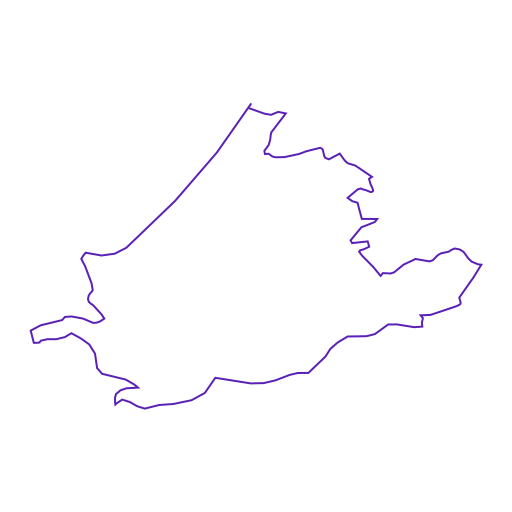 the Province of Zuid-Holland
{"feature_id": "NLD-3485", "entity_name": "Zuid-Holland", "entity_type": "Province", "adm_level": 1, "iso_a3": "NLD", "parent_name": "Netherlands", "parent_adm1": "", "projection": "natural_earth1", "projection_center": [4.558, 51.987], "detail": "fine", "context": "isolated", "style": "outline", "palette": "violet", "viewbox_px": 512, "rotation_deg": 0, "n_neighbors": 0, "source": "natural_earth", "source_scale": "10m", "svg_char_len": 2229}
<svg xmlns="http://www.w3.org/2000/svg" viewBox="0 0 512 512"><path d="M115.4,404.6L115.1,402.9L115.0,397.9L116.0,394.1L120.5,390.3L126.4,388.3L138.0,387.6L134.4,384.6L125.8,379.6L102.1,373.8L97.1,368.1L95.0,353.6L89.3,344.5L81.0,338.5L71.4,333.2L64.9,337.1L56.3,339.2L47.4,339.2L40.8,340.7L39.5,342.5L37.1,342.8L33.8,342.8L30.7,330.6L40.7,325.3L62.1,320.1L65.0,316.9L71.7,316.5L83.1,318.6L92.6,322.7L94.0,322.9L96.5,322.7L100.1,321.4L104.3,318.6L101.7,314.6L93.0,305.1L90.7,303.6L88.8,301.8L88.0,299.0L88.7,295.6L90.3,293.2L91.9,291.5L92.7,290.1L91.6,283.4L85.1,266.2L81.3,258.9L83.3,255.6L85.6,252.7L101.5,255.5L114.7,253.7L126.3,247.8L175.1,200.9L216.8,152.6L251.3,103.4L248.2,107.9L263.1,113.2L265.0,113.8L271.1,114.8L278.2,111.9L285.8,113.4L271.5,132.1L271.1,133.2L270.7,135.1L270.3,139.1L268.7,145.0L264.4,150.8L264.9,154.0L268.7,153.8L272.1,156.3L273.7,156.9L276.0,157.3L284.4,157.1L299.0,154.0L306.2,151.3L320.1,147.8L321.8,148.7L322.7,149.4L324.2,155.8L325.3,157.9L328.9,159.3L339.7,153.6L344.2,159.8L345.8,161.6L347.9,163.3L355.4,165.6L372.0,176.9L369.0,178.8L370.4,183.7L372.5,188.5L373.1,189.9L373.0,191.0L372.3,191.7L370.8,192.1L365.2,189.9L363.5,189.6L362.4,189.2L361.3,188.5L359.4,188.9L357.8,189.3L349.7,196.1L347.6,197.9L352.3,201.2L357.5,202.7L361.8,218.9L377.2,219.0L374.8,222.0L361.4,227.3L350.6,240.3L352.1,243.1L367.7,241.4L369.2,246.7L364.9,248.8L362.4,249.7L360.2,250.3L359.1,251.6L362.1,255.7L373.1,266.8L380.6,275.9L382.9,273.1L390.6,273.5L394.0,272.4L403.6,264.6L414.5,259.5L415.2,258.9L429.4,261.4L432.8,260.2L437.8,255.2L440.8,253.4L448.6,251.7L451.6,249.8L454.7,248.5L459.5,249.4L463.6,251.9L468.3,258.4L471.6,261.6L478.0,264.3L481.3,264.7L472.8,278.5L471.2,280.6L459.3,297.6L459.9,300.1L460.5,302.0L460.6,303.4L460.2,304.3L456.7,306.1L430.5,314.9L420.6,315.3L422.8,318.0L422.8,318.8L421.9,322.4L422.3,326.6L414.2,327.2L396.9,324.4L388.1,324.5L374.9,334.1L366.4,336.2L347.6,336.5L337.8,342.4L330.4,348.8L325.5,356.5L308.4,372.9L297.6,373.0L289.7,374.9L275.6,380.3L263.8,383.1L250.7,383.4L215.3,377.8L204.9,392.9L191.6,400.2L173.3,404.0L159.2,405.0L145.1,408.5L144.8,408.6L137.1,406.2L129.8,402.0L122.2,399.6L116.4,403.5L115.5,404.5L115.4,404.6Z" fill="none" stroke="#5b21b6" stroke-width="2"/></svg>